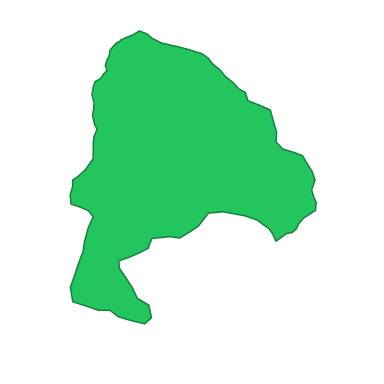 Agios Mamas, Limassol, Cyprus, rotated 16°
{"feature_id": "46923920B94554564075534", "entity_name": "Agios Mamas", "entity_type": "district", "adm_level": 2, "iso_a3": "CYP", "parent_name": "Cyprus", "parent_adm1": "Limassol", "projection": "albers", "projection_center": [32.945, 34.847], "detail": "fine", "context": "isolated", "style": "filled", "palette": "green", "viewbox_px": 384, "rotation_deg": 16, "n_neighbors": 0, "source": "geoboundaries", "source_scale": "gbopen_adm2", "svg_char_len": 1471}
<svg xmlns="http://www.w3.org/2000/svg" viewBox="0 0 384 384"><g transform="rotate(16 192 192)"><path d="M81.9,65.1L81.9,66.1L78.3,69.7L75.8,74.5L74.1,78.5L74.9,84.6L73.9,88.4L73.8,94.4L76.9,98.3L74.4,103.1L73.3,107.6L68.4,112.7L68.2,118.3L69.0,126.0L73.3,133.4L74.6,139.5L75.2,145.5L79.5,153.6L83.4,157.7L82.5,165.8L83.4,171.3L87.8,187.1L83.4,200.0L78.1,208.6L73.9,213.4L75.7,219.3L75.7,228.3L78.7,236.1L79.2,237.1L85.5,237.1L97.3,238.4L103.8,243.0L102.1,255.7L102.4,270.1L103.7,279.2L102.6,291.9L102.1,305.7L101.3,317.1L107.6,330.3L109.6,330.4L115.0,330.6L124.9,330.9L134.0,331.5L146.1,328.4L155.8,332.3L171.5,332.3L183.0,331.7L186.2,326.4L187.7,324.0L181.7,312.6L168.7,309.3L161.6,301.0L151.9,292.5L143.4,285.5L140.6,278.4L150.0,271.7L158.0,265.1L165.4,258.2L166.2,247.7L183.3,241.0L192.9,239.6L201.5,230.2L207.5,223.0L210.9,214.7L213.6,207.8L227.2,202.5L249.3,200.3L262.2,201.0L276.3,206.2L280.9,209.9L286.2,216.1L290.9,210.4L294.4,205.8L298.0,204.1L299.4,203.5L302.4,198.7L303.4,192.9L306.6,186.2L312.2,179.8L315.8,175.6L314.3,167.9L310.5,163.4L306.4,157.0L307.0,146.9L302.2,139.6L294.1,132.3L288.2,126.6L279.5,125.9L267.4,125.7L259.0,120.7L256.8,111.0L251.6,103.0L244.8,91.7L236.6,90.4L220.5,88.8L215.9,81.6L208.5,80.0L201.4,75.6L192.1,71.7L185.3,66.9L177.1,63.5L170.7,58.9L163.2,56.3L150.4,56.0L137.7,56.3L128.7,56.8L121.5,57.2L111.5,55.3L105.0,52.5L96.9,51.7L91.9,57.3L86.2,61.6L82.2,65.3L81.9,65.1Z" fill="#22c55e" stroke="#15803d" stroke-width="1.5"/></g></svg>